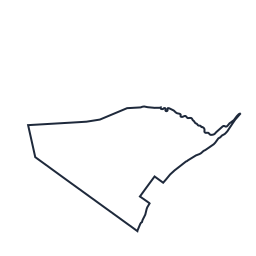 an SVG outline of Trarza, rotated 216°
{"feature_id": "MRT-2788", "entity_name": "Trarza", "entity_type": "Region", "adm_level": 1, "iso_a3": "MRT", "parent_name": "Mauritania", "parent_adm1": "", "projection": "robinson", "projection_center": [-15.679, 17.405], "detail": "fine", "context": "isolated", "style": "outline", "palette": "slate", "viewbox_px": 256, "rotation_deg": 216, "n_neighbors": 0, "source": "natural_earth", "source_scale": "10m", "svg_char_len": 1942}
<svg xmlns="http://www.w3.org/2000/svg" viewBox="0 0 256 256"><g transform="rotate(216 128 128)"><path d="M113.6,163.9L113.0,163.2L112.5,162.9L111.5,163.3L111.1,163.7L110.8,164.1L110.7,164.8L110.6,165.1L110.4,165.4L110.1,165.6L109.8,165.8L109.5,165.8L109.2,165.7L108.7,165.2L108.4,164.7L108.0,164.2L107.4,164.0L106.8,164.2L106.4,164.7L106.3,165.3L106.6,165.9L107.3,166.7L107.4,167.0L107.4,167.4L107.2,167.6L107.0,167.8L106.1,168.2L101.5,169.0L100.8,169.0L98.8,168.7L97.4,168.7L96.7,168.9L94.9,169.7L94.3,169.9L93.7,169.9L93.2,169.7L92.9,169.2L92.6,168.7L92.2,168.3L91.6,168.3L91.0,168.6L90.4,169.1L89.4,170.8L89.0,171.2L88.5,171.5L87.9,171.5L86.0,171.1L85.4,171.2L84.9,171.6L83.9,172.5L83.3,172.9L82.7,173.2L82.0,173.2L81.4,173.0L80.4,172.5L80.0,172.4L78.6,172.3L76.7,171.6L76.0,171.6L75.0,171.8L74.6,171.8L73.1,171.4L72.5,171.4L70.8,172.3L70.5,172.3L70.2,172.3L69.7,172.1L69.3,172.0L69.0,172.0L68.7,172.2L68.4,172.5L67.4,172.6L66.4,172.5L65.5,172.0L64.8,171.2L64.3,170.3L64.0,170.0L63.6,169.7L63.1,169.6L62.5,169.7L62.1,169.9L60.8,170.9L60.4,171.2L59.9,171.3L59.4,171.2L58.0,170.9L57.0,171.1L56.1,171.8L55.3,172.6L54.7,173.5L54.4,174.4L54.2,176.4L52.4,184.7L52.2,185.2L52.0,185.7L51.3,186.2L49.7,186.6L49.1,187.2L48.8,188.2L48.6,191.5L47.9,193.5L47.3,195.7L47.0,196.2L46.9,201.6L46.5,204.3L45.5,206.1L46.2,197.8L46.1,193.5L45.7,183.7L46.1,180.5L46.4,179.6L47.6,177.1L47.9,174.6L48.3,173.9L48.8,172.6L48.8,167.4L49.1,165.2L52.5,155.6L53.4,153.9L54.1,150.6L54.8,149.0L56.9,145.8L60.5,137.1L60.8,135.9L61.4,135.0L65.4,121.1L66.6,115.2L67.0,108.7L67.4,104.4L78.0,104.4L78.1,90.8L78.1,79.6L66.6,79.8L66.2,79.7L65.8,75.2L65.3,73.4L63.1,68.1L62.1,62.0L61.4,60.1L61.8,58.9L61.7,57.6L60.1,50.8L59.8,50.1L142.7,49.9L144.4,49.9L185.9,49.9L210.5,71.6L177.2,98.9L165.3,108.7L155.7,118.3L140.4,143.5L130.0,152.0L129.8,152.2L128.9,153.6L127.6,154.9L124.3,156.4L118.4,159.9L114.3,162.9L113.6,163.9Z" fill="none" stroke="#1e293b" stroke-width="2"/></g></svg>